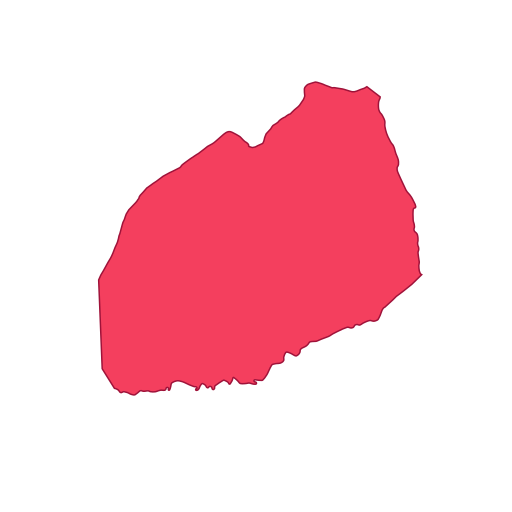 the district of Dolores, Intibucá, Honduras, rotated 327°
{"feature_id": "27666195B32253104626052", "entity_name": "Dolores", "entity_type": "district", "adm_level": 2, "iso_a3": "HND", "parent_name": "Honduras", "parent_adm1": "Intibucá", "projection": "robinson", "projection_center": [-88.358, 14.26], "detail": "fine", "context": "isolated", "style": "filled", "palette": "rose", "viewbox_px": 512, "rotation_deg": 327, "n_neighbors": 0, "source": "geoboundaries", "source_scale": "gbopen_adm2", "svg_char_len": 6123}
<svg xmlns="http://www.w3.org/2000/svg" viewBox="0 0 512 512"><g transform="rotate(327 256 256)"><path d="M111.0,190.4L65.6,266.8L65.2,289.9L66.4,291.2L67.3,292.8L67.6,294.0L67.7,295.8L67.8,296.3L68.1,296.7L68.4,297.1L68.9,297.3L70.5,297.5L71.1,297.7L71.6,298.1L73.7,300.4L74.4,301.4L75.3,303.1L76.0,304.1L77.4,305.6L78.2,306.2L79.1,306.5L82.2,306.3L84.9,305.9L85.5,306.0L85.9,306.1L86.4,306.4L87.2,307.4L87.9,308.1L89.2,308.9L91.0,309.7L91.7,310.1L92.5,310.7L93.4,312.1L94.1,312.7L95.5,313.8L97.4,314.9L98.4,315.3L100.9,315.9L102.7,316.5L103.6,317.0L105.3,318.3L106.4,318.9L107.0,318.9L107.6,318.8L108.0,318.5L108.6,317.9L109.1,317.7L109.6,317.7L110.1,317.9L110.5,318.4L110.6,318.7L110.6,319.1L110.4,319.6L109.8,320.1L109.6,320.6L109.7,321.0L110.2,321.3L110.7,321.2L111.6,320.6L113.3,319.1L115.1,317.2L115.5,316.9L116.1,316.6L117.3,316.6L119.1,316.8L120.9,317.3L122.3,317.9L123.1,318.5L123.8,319.1L125.8,321.3L126.9,322.8L130.0,327.8L132.3,331.0L133.0,331.9L134.2,332.8L134.7,333.4L134.8,333.7L134.8,334.1L134.7,334.5L134.0,334.9L133.2,334.7L132.7,335.1L132.5,335.4L132.5,335.7L132.7,336.1L132.9,336.3L134.0,336.7L134.7,336.6L135.3,336.5L136.3,336.0L137.8,334.9L138.9,334.3L140.5,333.7L141.4,333.7L141.8,334.0L142.1,334.4L142.7,335.5L143.1,336.5L143.2,337.5L143.1,339.0L143.2,339.5L143.5,340.0L143.8,340.3L144.2,340.4L145.3,340.1L146.0,340.1L146.6,340.4L147.1,341.0L147.3,341.5L147.3,342.1L147.2,342.6L146.9,343.4L146.9,343.8L147.0,344.2L147.3,344.7L147.9,344.9L148.8,344.7L149.3,344.3L149.9,343.4L150.4,342.9L150.9,342.6L151.4,342.5L156.3,342.3L160.2,342.4L161.2,342.5L161.5,342.7L161.7,342.9L162.6,344.3L163.4,345.7L163.8,346.9L163.7,348.6L164.0,349.0L164.3,349.2L164.9,349.1L167.6,347.8L168.8,347.0L170.2,345.7L170.6,345.5L171.0,345.6L171.2,345.8L172.2,348.8L172.7,350.9L173.0,353.5L173.3,354.2L173.6,354.6L175.0,355.7L176.9,356.8L178.4,357.6L180.4,358.4L181.1,358.8L181.8,359.5L182.9,360.8L183.9,361.9L185.2,362.9L186.1,363.4L186.5,363.4L186.9,363.2L187.2,362.9L187.3,362.5L187.3,362.1L187.2,361.7L187.0,361.4L186.4,360.9L186.2,360.3L186.2,359.9L186.3,359.6L186.6,359.3L186.9,359.1L187.3,359.1L187.7,359.2L190.7,361.8L193.0,363.4L193.6,363.7L194.2,363.7L196.8,363.0L200.4,361.5L201.7,360.8L206.8,357.6L209.4,356.2L210.4,355.9L211.2,356.0L213.4,356.8L214.5,357.3L216.5,358.4L217.8,359.0L218.8,359.2L219.7,359.3L221.1,359.2L222.1,358.8L222.7,358.4L223.0,357.9L223.9,356.3L224.4,355.7L225.2,355.1L226.3,354.2L227.4,353.6L228.3,353.2L228.9,353.1L229.6,353.4L230.5,354.3L231.6,355.8L232.6,357.4L233.8,359.8L234.3,360.7L234.9,361.4L235.6,361.8L236.3,361.8L237.5,361.8L238.5,361.6L239.5,361.2L240.6,360.5L241.9,358.9L242.4,358.6L243.0,358.4L244.6,358.3L247.4,358.7L249.4,358.8L251.4,358.4L253.6,357.5L254.5,357.4L255.5,357.8L256.9,358.5L259.8,360.2L261.1,360.6L265.4,361.3L272.7,362.9L274.2,363.1L278.0,363.1L282.8,363.6L288.9,364.4L293.2,365.3L293.8,365.5L294.5,365.9L296.1,367.8L296.8,368.3L297.6,368.6L298.2,368.8L298.9,368.8L299.6,368.6L301.0,367.9L301.6,367.9L302.4,368.0L303.1,368.3L303.6,368.6L304.8,370.0L305.6,370.5L306.8,370.6L309.1,370.6L311.0,370.8L313.9,371.3L315.9,371.9L317.0,372.5L318.3,374.0L319.4,374.9L321.0,375.5L322.8,375.8L323.8,375.7L325.5,374.8L327.8,373.4L332.2,370.1L333.6,369.4L334.8,369.0L335.4,369.0L336.1,369.1L347.4,367.2L351.6,366.3L360.3,365.7L371.3,364.6L384.8,361.9L384.5,361.3L384.3,360.7L384.3,360.0L384.4,359.2L384.9,357.3L386.0,355.0L387.4,352.6L389.1,350.7L389.7,349.9L391.9,345.0L393.5,341.7L394.3,340.7L395.8,339.5L396.6,338.3L397.1,337.2L397.5,335.3L398.0,334.1L398.7,332.9L400.1,331.5L400.9,330.3L401.7,329.0L402.4,327.5L402.9,326.2L403.1,325.1L403.0,324.0L402.6,322.6L402.4,321.8L402.5,320.9L402.8,320.0L403.4,319.2L404.6,318.1L405.1,317.3L406.0,315.4L406.8,312.7L407.4,311.4L410.5,306.3L412.1,304.0L413.1,302.7L413.6,302.3L414.4,302.0L414.9,302.0L415.6,302.3L416.2,302.2L416.8,301.7L417.1,300.9L417.6,299.3L417.8,297.6L418.2,294.2L418.4,291.6L418.3,288.7L417.7,284.5L417.7,282.4L419.4,270.1L420.2,264.9L420.7,262.2L421.3,260.6L422.3,259.0L422.9,258.4L424.3,257.7L425.3,256.9L426.8,254.7L427.3,253.7L427.7,252.7L428.2,250.9L429.1,246.2L429.8,243.8L430.7,241.1L431.1,239.2L431.3,237.7L431.0,234.9L431.1,232.7L431.6,227.9L432.3,224.3L433.3,221.0L434.6,217.7L435.4,216.2L436.5,214.7L437.1,213.8L437.6,212.7L438.0,211.2L438.3,209.0L438.5,206.8L438.5,205.5L438.2,203.6L438.2,202.7L438.4,201.3L438.7,200.0L439.4,198.5L440.3,196.9L441.3,195.4L442.7,193.6L443.8,192.6L445.8,191.3L446.8,190.2L441.2,174.4L438.3,174.3L434.3,173.3L430.5,172.6L428.2,171.9L426.5,170.9L425.8,170.3L424.8,169.2L420.7,164.3L419.6,163.1L413.4,157.5L412.6,157.0L411.6,156.5L411.2,156.1L409.5,153.7L407.1,150.5L405.6,148.2L404.6,146.9L401.9,143.7L400.7,142.6L400.4,142.4L396.4,141.2L393.3,140.4L391.8,140.4L390.0,140.8L388.7,141.3L388.0,141.8L387.5,142.3L385.7,145.2L384.3,147.9L383.9,148.5L383.3,149.0L382.1,149.9L380.8,150.7L374.6,153.3L372.4,153.8L368.1,154.3L364.0,155.1L362.4,155.5L361.9,155.5L361.0,155.2L360.1,155.1L357.7,155.1L356.3,155.3L354.3,155.0L351.9,154.9L349.5,155.1L347.1,155.8L344.8,155.9L342.3,155.8L341.3,155.8L339.6,156.4L337.6,157.4L331.7,158.9L331.0,159.1L327.9,161.3L325.7,163.4L324.7,164.2L323.2,165.1L322.6,165.2L317.5,164.4L314.9,164.2L312.3,163.2L312.0,163.0L311.4,162.4L310.7,161.5L310.0,160.8L309.7,160.2L309.7,159.7L310.2,159.2L310.3,158.8L310.4,158.0L310.2,156.9L309.9,155.8L309.2,154.4L308.9,153.6L308.3,151.1L307.8,148.3L307.5,147.1L307.0,146.0L305.7,143.4L303.5,139.5L302.5,138.1L301.9,137.5L301.0,136.9L300.0,136.5L298.5,136.2L297.1,136.2L295.2,136.3L284.2,137.9L282.3,138.1L280.4,138.1L275.0,137.7L271.1,138.1L263.5,138.7L261.4,138.6L253.6,138.7L247.9,139.0L244.0,139.3L242.8,139.6L241.4,140.2L240.2,140.4L232.7,139.6L229.1,139.1L221.5,138.5L213.1,139.1L209.6,139.1L201.4,139.5L196.2,141.0L192.1,142.0L190.5,142.7L189.4,143.6L188.9,144.0L187.4,144.5L185.9,145.2L183.9,145.8L174.5,148.0L170.1,150.1L168.6,151.2L165.3,153.8L162.8,155.3L161.7,156.2L154.0,163.1L152.1,164.5L149.9,166.7L147.5,168.8L146.1,169.8L142.3,172.2L137.5,175.7L134.9,177.4L132.6,178.7L128.5,180.7L119.7,185.4L115.6,187.4L113.1,189.0L111.0,190.4Z" fill="#f43f5e" stroke="#9f1239" stroke-width="1.5"/></g></svg>